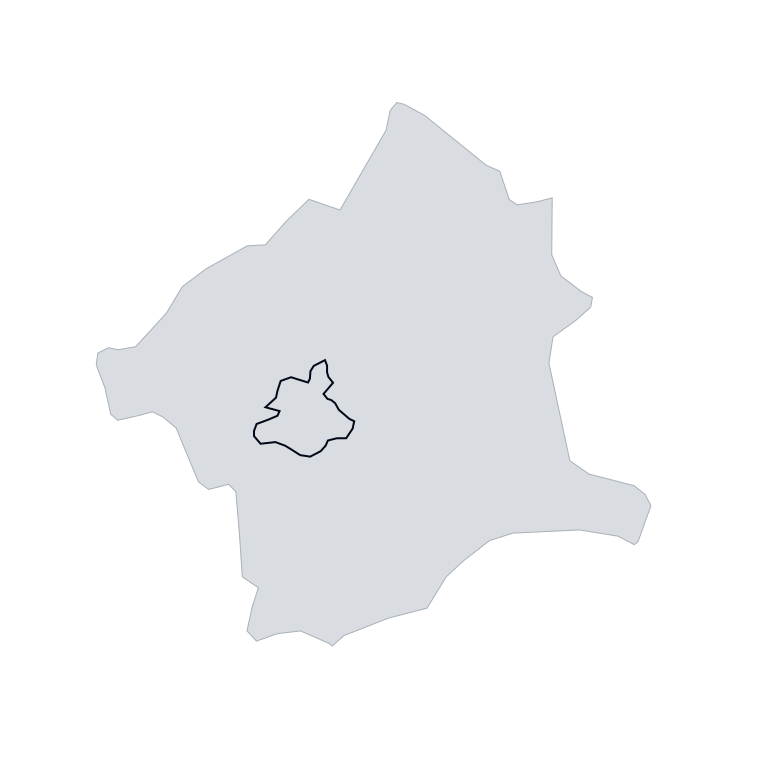 Kosovo, with Srbica highlighted, rotated 282°
{"feature_id": "KOS-5896", "entity_name": "Srbica", "entity_type": "District", "adm_level": 1, "iso_a3": "XKX", "parent_name": "Kosovo", "parent_adm1": "", "projection": "natural_earth1", "projection_center": [20.758, 42.727], "detail": "fine", "context": "in_parent", "style": "outline", "palette": "ink", "viewbox_px": 768, "rotation_deg": 282, "n_neighbors": 0, "source": "natural_earth", "source_scale": "10m", "svg_char_len": 1582}
<svg xmlns="http://www.w3.org/2000/svg" viewBox="0 0 768 768"><g transform="rotate(282 384 384)"><path d="M207.6,273.7L247.8,261.5L253.6,252.9L244.4,234.4L249.8,222.8L297.8,189.8L305.7,174.9L308.7,163.1L302.2,150.7L293.2,131.2L297.6,123.0L322.5,111.7L342.7,98.6L354.7,97.6L362.2,107.0L362.2,116.8L368.8,133.2L383.7,142.1L408.5,156.6L437.3,166.5L459.9,186.2L490.7,221.5L495.4,239.0L523.2,254.7L549.0,272.2L545.0,304.8L632.8,333.3L652.6,333.1L662.0,338.0L661.8,345.5L655.0,368.3L619.2,438.4L616.2,453.0L590.5,468.2L586.9,477.0L594.3,496.4L601.1,509.9L600.6,509.9L545.2,521.2L526.5,534.5L515.5,557.8L512.0,569.9L502.2,570.2L485.9,558.2L465.3,539.5L438.6,541.0L347.5,581.8L338.5,603.3L336.5,649.8L330.3,662.3L320.5,670.4L282.8,665.3L278.9,662.3L283.8,644.4L281.9,605.4L264.9,540.9L252.8,519.8L227.9,498.8L208.5,485.0L173.7,472.7L156.1,437.3L129.6,397.1L116.9,387.9L118.9,383.9L125.1,353.6L117.6,331.5L106.0,312.7L114.0,301.3L138.4,301.4L158.6,303.5L165.9,285.5L207.6,273.7Z" fill="#d9dde1" stroke="#a8b0b8" stroke-width="1"/><path d="M297.6,326.9L297.0,316.8L300.8,306.7L303.1,300.1L304.6,289.9L299.9,275.7L306.0,267.7L311.0,266.6L318.4,267.7L325.0,278.1L330.8,286.4L335.8,287.5L336.6,272.9L348.2,281.2L354.8,281.2L365.5,282.3L371.3,291.7L370.5,300.0L369.7,309.4L373.8,310.4L381.3,309.4L387.1,311.5L395.1,321.3L390.1,324.5L383.5,325.9L379.3,328.2L374.6,333.9L361.7,326.9L357.7,331.8L357.4,335.6L355.0,340.3L349.4,345.1L342.7,357.3L341.4,362.6L333.9,362.6L323.1,358.3L321.1,349.1L317.1,340.9L311.5,339.7L305.2,336.1L297.6,326.9Z" fill="none" stroke="#020617" stroke-width="2"/></g></svg>